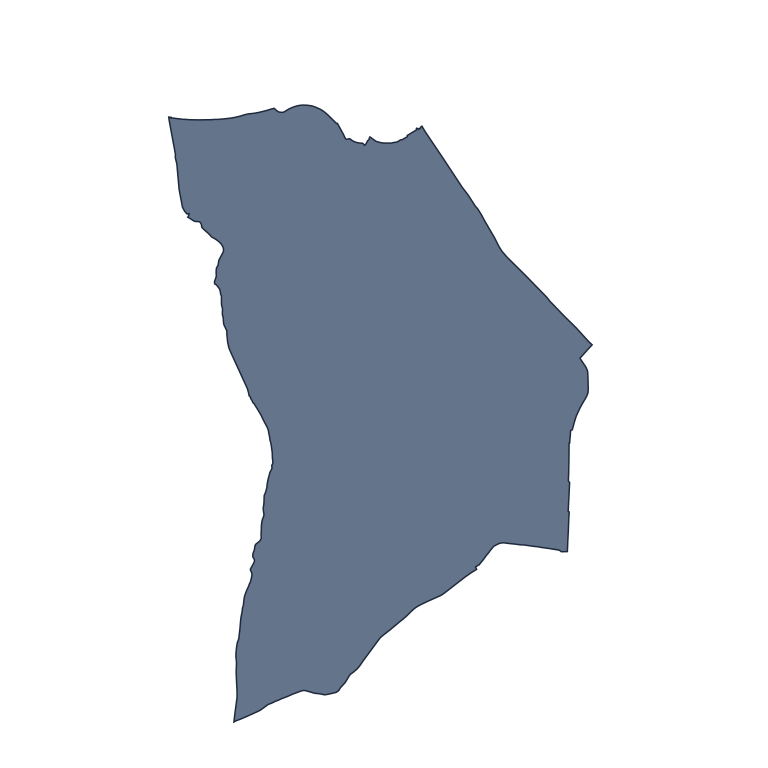 the district of Oostzaan, Noord-Holland, Netherlands, rotated 169°
{"feature_id": "6326949B95848699566336", "entity_name": "Oostzaan", "entity_type": "district", "adm_level": 2, "iso_a3": "NLD", "parent_name": "Netherlands", "parent_adm1": "Noord-Holland", "projection": "albers", "projection_center": [4.881, 52.452], "detail": "fine", "context": "isolated", "style": "filled", "palette": "slate", "viewbox_px": 768, "rotation_deg": 169, "n_neighbors": 0, "source": "geoboundaries", "source_scale": "gbopen_adm2", "svg_char_len": 6051}
<svg xmlns="http://www.w3.org/2000/svg" viewBox="0 0 768 768"><g transform="rotate(169 384 384)"><path d="M544.4,687.1L544.6,682.7L544.9,650.1L545.0,649.0L545.6,646.5L545.7,646.0L545.5,642.4L545.4,639.3L548.0,614.0L548.1,596.1L547.3,593.3L546.7,591.7L546.0,590.3L544.9,588.5L542.9,588.5L543.2,587.6L544.0,586.0L544.8,585.2L543.4,584.0L541.6,582.3L540.4,581.1L539.3,580.1L538.0,579.5L534.8,578.7L533.9,578.2L533.2,576.8L533.0,576.1L532.9,575.5L532.8,574.6L533.0,573.2L532.9,572.5L532.4,571.7L531.4,570.1L528.2,566.0L526.6,563.7L525.6,561.9L525.0,561.1L522.5,559.0L521.3,557.9L519.0,555.3L518.4,554.5L517.7,553.5L516.6,551.3L515.9,549.1L515.8,547.7L515.9,546.8L516.0,545.9L516.4,544.9L516.9,543.9L522.1,537.5L522.7,536.5L524.1,532.6L524.4,532.1L525.5,530.8L526.4,529.7L526.8,528.3L527.4,526.2L528.1,521.6L529.8,518.6L530.7,517.2L530.9,516.5L531.1,515.3L531.1,514.7L531.0,514.4L530.1,513.7L529.5,513.1L529.1,512.4L527.9,509.9L527.6,509.3L527.3,508.6L527.2,507.9L527.1,505.4L527.2,503.4L527.1,502.6L526.8,501.9L526.8,501.6L527.1,499.7L527.6,497.2L528.3,493.4L528.4,492.4L528.2,489.3L528.2,488.3L529.1,484.8L529.3,483.7L529.4,482.5L529.2,479.9L529.2,479.2L529.7,476.1L529.9,474.1L529.8,472.8L529.5,471.2L529.2,470.3L528.7,468.1L528.3,467.2L528.2,466.5L528.4,464.5L528.6,463.7L528.8,462.4L529.5,454.9L529.4,449.3L529.1,447.6L528.0,442.7L519.0,405.6L518.6,400.3L518.7,398.6L518.6,398.2L517.8,396.9L517.7,396.4L517.6,395.1L517.3,394.3L516.7,393.0L516.5,392.2L516.4,391.2L516.3,390.8L515.3,389.5L512.2,381.3L510.4,376.1L509.8,373.3L507.0,364.0L506.6,362.4L506.4,360.6L506.5,357.2L506.4,354.8L506.6,350.5L506.3,347.2L506.8,338.0L507.7,332.5L507.8,330.5L507.9,329.2L508.2,327.8L508.4,327.2L509.1,326.2L509.6,325.7L509.7,325.4L509.8,324.9L509.8,323.8L510.0,323.0L510.4,322.1L510.8,321.5L512.8,319.1L513.9,316.8L514.2,316.1L515.8,313.0L516.7,310.7L517.5,308.9L517.9,307.7L518.6,305.1L519.2,303.8L520.5,301.2L520.8,300.6L521.6,299.3L522.0,298.6L522.9,297.4L524.4,290.7L525.0,288.7L526.0,285.9L526.4,284.6L526.6,282.4L526.7,279.0L527.2,277.5L527.4,277.0L529.0,274.6L530.0,272.6L531.1,269.3L531.5,267.9L532.2,264.5L533.3,260.3L533.9,256.2L534.2,255.6L534.9,254.7L535.4,254.2L536.0,253.5L540.4,251.2L540.7,250.9L541.3,250.1L541.6,249.6L542.4,247.3L543.0,245.8L544.9,242.7L545.7,240.1L545.7,239.2L545.1,237.5L544.8,236.3L544.8,235.5L544.9,235.0L545.4,234.1L546.4,232.6L550.4,227.9L550.6,226.8L550.3,225.5L550.0,224.4L549.9,224.0L549.9,222.7L549.9,222.3L550.1,221.7L551.0,219.3L552.7,215.6L553.4,214.5L554.4,213.3L555.2,211.8L558.6,207.0L561.1,202.8L562.0,200.8L562.5,199.4L564.2,193.9L564.8,192.5L565.6,191.2L565.8,190.7L566.6,187.9L567.3,186.1L568.5,183.3L569.0,182.0L570.2,178.1L571.9,172.0L575.1,161.9L576.1,160.0L577.2,158.4L578.5,155.1L579.6,151.7L580.5,148.7L581.4,144.7L581.9,139.0L583.0,134.1L584.1,129.5L585.6,119.6L586.6,112.4L587.2,108.7L588.1,104.3L593.2,89.1L595.8,80.9L593.6,81.6L588.8,82.4L581.5,84.0L569.0,87.0L567.2,87.6L558.7,91.6L555.9,92.0L553.8,92.5L551.3,93.2L547.7,93.8L544.8,94.6L538.3,95.7L532.8,97.0L530.3,97.4L523.6,98.5L522.0,98.5L520.4,98.3L519.0,97.7L513.9,95.1L512.5,94.3L511.0,93.6L506.7,92.3L503.6,91.1L502.2,90.4L501.4,90.2L498.4,90.1L491.6,90.3L489.6,90.5L488.1,91.1L487.1,91.7L486.3,92.3L485.8,93.0L484.8,94.1L479.0,98.4L474.6,103.3L472.6,105.3L469.0,107.0L464.8,109.4L462.0,111.6L461.6,112.0L457.1,116.4L447.0,125.7L438.2,133.8L435.6,136.0L432.1,137.9L424.1,142.0L413.6,147.8L410.1,149.6L406.1,151.9L401.4,155.1L397.5,157.5L395.9,158.3L393.8,159.2L390.0,160.4L384.0,162.0L368.2,165.7L364.7,167.2L341.8,178.8L334.2,182.2L328.4,184.4L329.1,186.9L328.2,187.4L327.8,187.3L326.5,188.1L326.1,188.2L325.2,188.3L324.9,188.4L324.2,189.2L319.8,192.8L316.1,196.3L313.4,198.4L311.8,200.0L309.7,201.7L307.5,203.6L306.8,203.9L303.2,205.0L302.0,205.3L300.1,205.6L296.9,205.3L291.5,203.5L285.8,201.8L280.6,200.0L278.8,199.7L276.4,199.0L273.7,198.0L267.7,196.0L267.6,195.9L264.4,195.0L262.2,194.2L261.2,193.7L251.8,190.5L250.6,189.9L247.2,188.9L247.3,188.8L244.8,187.9L243.5,187.2L242.7,186.5L241.9,185.5L236.0,184.5L234.7,189.8L233.6,194.6L231.2,204.1L228.5,215.7L226.6,223.0L227.5,223.9L220.6,251.7L221.5,253.8L219.5,262.3L218.5,267.1L217.2,273.0L213.6,290.6L213.5,290.8L212.9,290.8L212.1,294.1L211.2,297.0L209.7,302.7L207.9,303.1L204.7,309.7L201.3,316.0L196.3,322.9L193.4,326.4L187.7,332.9L187.1,333.7L185.4,336.5L184.5,339.9L182.9,349.3L181.8,356.4L181.8,358.6L182.6,362.1L186.5,371.3L186.7,371.9L177.6,378.8L172.2,382.7L175.2,386.9L184.6,402.4L194.1,416.2L202.9,429.8L205.2,433.3L207.6,438.0L224.2,463.3L239.2,485.3L243.0,492.0L245.0,497.3L247.6,506.5L254.2,525.4L256.3,532.2L258.6,538.1L260.4,541.1L265.4,553.6L269.7,562.2L283.6,595.9L295.5,624.0L297.6,629.9L298.4,629.4L299.3,629.0L299.4,628.8L299.6,628.1L301.5,627.5L301.6,628.1L302.0,628.4L302.9,628.4L303.1,628.8L303.3,628.7L303.2,628.3L303.5,628.2L303.7,627.1L304.9,626.8L313.8,623.5L313.9,622.3L318.4,620.8L319.3,620.4L320.9,620.5L321.8,620.3L323.0,619.7L325.7,619.0L327.1,619.2L330.5,619.1L331.6,619.2L338.8,620.7L341.7,621.8L344.2,623.0L345.7,623.9L350.6,629.2L351.4,628.4L351.6,628.0L351.9,627.2L352.1,626.8L352.4,626.5L353.2,626.2L353.6,625.9L353.9,625.7L354.4,624.9L356.2,622.8L356.7,622.4L357.5,622.1L359.0,624.4L362.1,625.2L364.1,626.0L366.6,627.3L367.4,627.9L368.9,629.2L370.2,630.7L370.4,630.7L370.9,631.4L372.9,631.3L374.3,631.4L374.9,632.1L375.3,633.2L376.2,636.8L380.0,648.7L380.8,648.7L387.6,658.6L389.1,660.6L390.7,662.5L392.4,664.3L394.2,665.9L396.7,667.7L400.3,670.0L402.4,671.0L403.8,671.5L406.2,672.3L410.4,673.3L413.5,673.6L416.1,673.6L419.3,673.3L422.9,672.6L425.2,672.0L430.3,670.1L431.1,670.0L431.8,670.0L434.4,670.7L435.1,671.0L435.8,671.5L437.5,673.2L439.1,675.5L441.2,675.5L447.0,674.9L454.6,674.5L458.8,674.5L463.4,674.8L464.7,675.0L466.4,675.0L469.9,674.9L473.8,674.4L478.9,674.2L482.6,674.2L485.7,674.4L491.9,674.9L496.9,675.5L500.1,676.1L502.5,676.3L515.4,678.6L522.9,680.2L525.5,680.8L527.7,681.5L529.7,681.9L531.9,682.5L533.8,683.2L535.3,683.6L541.8,685.8L542.2,685.7L542.1,686.4L544.4,687.1Z" fill="#64748b" stroke="#1e293b" stroke-width="1.5"/></g></svg>